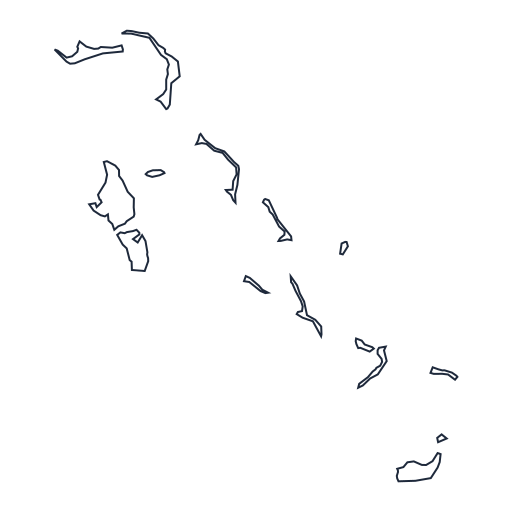 the border of The Bahamas
{"feature_id": "BHS", "entity_name": "The Bahamas", "entity_type": "country or territory", "adm_level": 0, "iso_a3": "BHS", "parent_name": "North America", "parent_adm1": "", "projection": "robinson", "projection_center": [-76.093, 23.939], "detail": "fine", "context": "isolated", "style": "outline", "palette": "slate", "viewbox_px": 512, "rotation_deg": 0, "n_neighbors": 0, "source": "natural_earth", "source_scale": "50m", "svg_char_len": 3287}
<svg xmlns="http://www.w3.org/2000/svg" viewBox="0 0 512 512"><path d="M133.9,198.3L133.7,207.4L134.4,214.2L133.7,216.6L126.7,221.2L124.9,223.7L118.3,226.3L114.3,229.8L112.3,224.0L108.5,220.5L107.9,214.4L104.9,216.4L100.6,215.2L93.6,210.6L89.2,204.3L95.4,203.2L96.7,207.1L101.6,202.3L100.5,199.8L99.6,199.5L98.0,194.8L105.5,182.6L107.1,174.7L103.8,162.0L107.0,161.2L115.3,165.6L119.0,170.0L119.1,176.0L122.6,180.6L127.7,191.8L133.9,198.3ZM139.3,232.7L139.4,234.4L133.0,239.1L137.7,242.5L142.1,235.2L145.5,241.1L147.4,252.3L147.1,254.3L147.4,256.0L148.1,258.1L148.2,261.2L144.7,271.0L131.9,270.0L131.6,261.7L129.7,260.1L126.7,248.4L122.7,244.6L117.2,234.9L120.4,232.4L124.7,233.2L126.9,232.1L132.9,231.1L136.5,229.8L139.3,232.7ZM439.7,462.1L437.6,467.6L430.8,478.1L415.4,480.8L398.5,481.3L397.2,478.4L396.8,475.9L398.0,472.0L397.9,470.4L397.2,468.8L403.4,467.1L407.4,462.3L413.8,461.4L421.8,464.9L426.1,465.0L432.5,461.2L437.6,453.1L440.6,454.1L439.7,462.1ZM167.5,108.5L166.2,109.1L160.6,101.6L156.1,99.4L163.2,94.1L166.2,89.5L166.2,79.6L167.9,74.1L167.3,69.4L168.9,64.6L166.8,59.2L161.0,54.9L149.4,37.8L131.1,33.6L121.6,33.5L126.8,30.7L131.7,31.1L139.1,32.7L147.9,33.5L153.3,38.5L158.5,45.2L163.2,47.9L165.1,49.6L164.9,51.5L165.6,53.3L171.7,56.5L177.9,61.5L179.7,76.3L171.3,83.2L169.8,104.6L167.5,108.5ZM86.3,46.6L94.1,48.9L98.2,48.6L100.8,47.0L112.3,47.7L121.6,45.4L122.9,49.4L122.7,51.5L102.9,53.4L84.7,59.3L74.8,63.3L70.1,63.7L66.5,61.6L54.6,49.5L57.8,50.7L66.6,57.6L72.1,56.3L77.3,51.8L78.1,48.4L77.3,46.8L79.6,41.4L86.3,46.6ZM204.6,139.8L215.2,148.2L224.3,151.4L234.0,162.0L238.3,165.8L239.0,169.2L237.4,184.9L235.1,194.4L235.5,202.7L233.2,200.2L230.9,194.8L227.0,191.7L225.8,190.0L232.6,189.7L233.2,181.1L236.6,174.4L236.1,167.4L228.1,159.7L222.6,152.9L214.2,150.7L206.4,143.9L201.8,143.1L196.1,144.3L198.2,140.3L199.6,134.9L200.6,133.9L204.6,139.8ZM321.5,334.4L321.1,336.3L312.9,321.3L302.6,317.7L296.7,314.1L297.9,312.0L302.0,311.1L302.7,306.4L301.0,301.2L295.5,290.8L292.5,283.8L291.1,282.2L290.7,276.3L297.1,285.4L299.8,293.5L304.1,301.5L307.0,315.2L315.3,319.8L321.2,326.5L321.5,334.4ZM362.8,385.5L358.2,387.7L359.2,383.8L367.9,377.2L372.7,371.5L375.5,369.4L376.4,367.8L380.2,365.7L382.1,361.9L381.6,358.9L377.6,353.9L377.6,350.3L379.0,347.8L385.7,346.6L384.0,350.4L386.7,361.1L377.8,374.4L370.1,378.5L362.8,385.5ZM291.1,236.4L291.5,240.2L287.2,239.4L280.8,240.9L278.5,241.0L280.0,238.4L284.4,234.8L284.6,231.5L279.1,226.6L272.7,214.5L269.7,211.7L268.3,207.1L262.9,202.3L264.1,199.7L265.2,199.0L268.8,200.3L277.0,217.7L277.5,219.3L291.1,236.4ZM438.3,369.3L442.3,370.4L444.5,370.3L451.9,372.6L456.4,375.7L457.4,376.9L455.0,379.7L448.1,374.5L442.2,373.8L433.8,373.9L430.5,372.9L432.7,367.3L438.3,369.3ZM372.3,347.2L373.8,348.6L369.7,351.6L360.3,347.8L358.2,348.1L356.4,344.1L355.7,341.2L356.1,338.5L361.7,340.6L364.7,344.5L372.3,347.2ZM159.5,175.3L152.2,176.9L147.0,175.3L145.7,174.1L147.9,172.0L152.8,170.3L160.7,170.1L164.1,172.2L164.5,173.1L159.5,175.3ZM268.1,292.7L265.4,293.1L260.6,291.1L249.3,282.0L244.0,281.2L245.8,276.1L249.8,277.9L258.9,285.7L262.3,289.7L268.1,292.7ZM347.9,246.3L342.8,254.4L340.1,253.7L341.6,243.5L345.2,241.9L346.6,242.0L347.9,246.3ZM446.7,438.5L438.1,442.2L437.2,437.9L441.6,434.4L446.7,438.5Z" fill="none" stroke="#1e293b" stroke-width="2"/></svg>